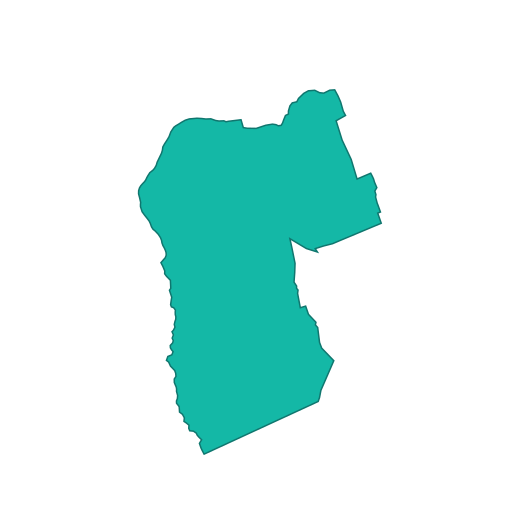 Maipú, Mendoza, Argentina (Equal Earth projection), rotated 140°
{"feature_id": "61730980B18829369395752", "entity_name": "Maipú", "entity_type": "district", "adm_level": 2, "iso_a3": "ARG", "parent_name": "Argentina", "parent_adm1": "Mendoza", "projection": "equal_earth", "projection_center": [-68.638, -32.977], "detail": "fine", "context": "isolated", "style": "filled", "palette": "teal", "viewbox_px": 512, "rotation_deg": 140, "n_neighbors": 0, "source": "geoboundaries", "source_scale": "gbopen_adm2", "svg_char_len": 2612}
<svg xmlns="http://www.w3.org/2000/svg" viewBox="0 0 512 512"><g transform="rotate(140 256 256)"><path d="M139.0,200.6L135.2,210.6L132.4,209.7L129.9,216.5L129.2,218.6L126.5,224.3L124.7,225.9L123.2,229.4L119.5,230.7L117.8,236.3L116.4,239.5L115.7,242.1L114.9,245.7L129.1,250.0L121.0,268.8L115.5,289.5L107.7,308.1L97.1,306.1L96.1,310.8L92.2,319.5L90.3,325.9L88.9,332.7L92.9,335.6L99.4,337.2L102.3,340.2L104.5,345.2L106.9,346.9L109.7,348.9L114.9,349.9L122.1,349.4L125.6,347.9L129.8,350.0L133.5,349.2L138.0,346.2L139.9,343.9L143.1,344.7L147.3,342.5L150.0,340.9L152.7,339.9L155.2,341.4L156.3,343.8L158.6,346.4L164.5,349.9L173.8,353.6L180.5,359.4L183.2,362.5L179.9,370.0L190.5,376.9L192.7,378.1L193.7,380.2L197.6,383.2L199.8,385.7L202.4,390.1L206.4,393.2L209.3,396.3L212.7,399.5L219.0,403.9L222.9,405.5L227.1,406.3L230.2,406.7L233.8,407.3L236.2,407.4L241.5,405.8L245.9,403.3L249.3,402.1L254.2,400.6L257.3,399.4L259.7,397.2L262.3,395.5L271.4,391.4L274.1,389.6L277.3,388.4L279.7,388.0L283.7,388.1L287.2,387.0L289.3,386.2L291.4,385.2L293.6,384.6L296.4,384.3L299.0,383.9L301.4,383.1L303.9,381.5L306.0,379.1L307.6,375.7L309.9,371.2L311.5,369.6L312.8,368.0L314.8,363.1L315.1,358.8L315.2,354.5L315.4,351.3L316.0,349.0L317.3,345.5L317.7,342.6L317.2,340.3L316.9,335.3L317.4,331.4L318.3,328.7L319.6,326.5L320.6,323.8L321.0,321.5L321.7,318.9L322.7,316.4L324.3,314.3L326.7,313.0L328.9,312.7L333.1,312.0L334.0,308.0L335.5,303.2L337.4,301.1L337.6,297.9L337.2,292.4L340.0,288.7L342.1,286.0L344.3,285.4L347.1,278.5L349.5,276.5L352.7,273.6L353.5,271.4L352.3,269.3L352.5,266.4L353.9,265.0L355.5,263.0L356.5,260.9L358.2,259.1L360.2,257.9L362.6,256.1L363.8,253.6L367.0,252.2L369.0,252.0L370.0,248.6L373.0,247.0L373.8,244.3L375.8,243.0L379.2,242.6L380.6,240.7L381.0,238.5L381.0,236.0L384.0,234.4L388.1,235.7L391.7,233.6L391.1,230.9L392.3,226.6L392.1,224.1L391.9,220.5L392.9,217.8L394.7,215.2L397.7,214.3L399.9,211.6L400.7,209.1L401.3,207.0L402.3,205.2L403.9,203.4L405.7,199.5L407.9,197.3L410.1,196.1L411.5,194.3L411.7,190.0L413.5,187.5L414.9,185.6L414.1,182.0L414.9,178.1L417.5,175.6L416.7,172.9L416.1,169.5L418.3,167.2L419.1,164.7L416.5,162.0L415.6,158.6L416.2,156.6L416.2,154.3L415.8,150.2L419.8,148.8L421.6,144.1L422.2,141.8L423.1,137.6L301.9,104.6L298.5,106.6L292.6,111.4L263.7,125.8L264.9,143.2L262.9,148.9L254.7,161.6L254.8,165.0L252.7,166.7L253.3,177.6L250.2,185.7L255.3,187.9L248.2,200.6L245.7,202.9L245.7,205.2L244.2,206.9L243.7,211.5L237.0,218.4L230.8,225.3L222.8,240.0L218.9,247.5L212.6,229.3L206.4,219.6L205.9,223.6L197.7,220.2L189.4,216.2L182.8,214.2L139.0,200.6Z" fill="#14b8a6" stroke="#0f766e" stroke-width="1.5"/></g></svg>